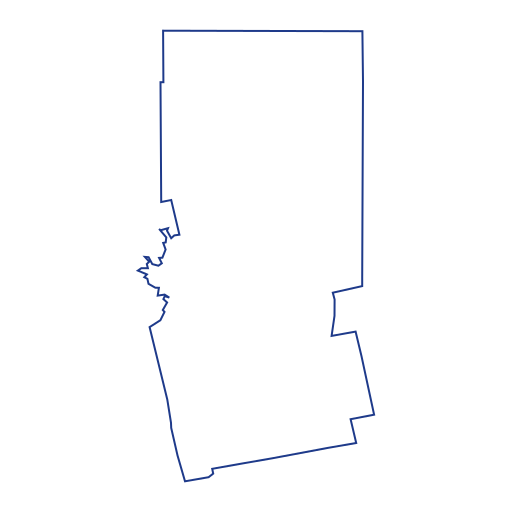 Piscataquis, Maine, United States of America (Equal Earth projection)
{"feature_id": "52423323B69646199912282", "entity_name": "Piscataquis", "entity_type": "district", "adm_level": 2, "iso_a3": "USA", "parent_name": "United States of America", "parent_adm1": "Maine", "projection": "equal_earth", "projection_center": [-69.536, 45.793], "detail": "fine", "context": "isolated", "style": "outline", "palette": "blue", "viewbox_px": 512, "rotation_deg": 0, "n_neighbors": 0, "source": "geoboundaries", "source_scale": "gbopen_adm2", "svg_char_len": 949}
<svg xmlns="http://www.w3.org/2000/svg" viewBox="0 0 512 512"><path d="M163.1,30.7L163.4,82.2L160.5,82.2L161.2,202.0L171.2,200.0L179.4,234.7L174.3,235.4L171.2,238.2L167.0,230.7L168.0,228.2L160.4,230.3L159.1,228.9L166.3,237.4L165.7,242.4L163.2,242.9L165.6,249.5L162.4,257.7L159.1,257.9L161.8,263.3L158.4,265.7L152.3,264.1L148.6,257.2L144.9,256.9L149.2,261.7L146.8,264.0L147.9,268.2L141.3,268.2L137.9,270.6L146.9,274.4L144.3,277.2L147.4,278.8L148.5,283.8L155.3,287.7L158.9,287.8L157.7,295.6L164.6,294.6L169.3,297.6L164.8,296.1L163.4,299.1L167.1,302.5L162.8,310.0L164.5,311.9L160.4,320.2L149.6,327.1L167.3,399.6L171.0,422.8L171.2,427.9L177.5,455.4L185.0,481.3L208.6,477.2L213.2,473.6L212.2,468.8L244.5,463.1L272.2,458.3L327.8,447.9L356.2,443.0L350.6,419.2L374.1,414.7L361.5,356.2L355.6,331.6L331.6,335.9L334.5,315.9L334.6,299.5L332.8,292.7L362.2,286.1L362.2,277.1L363.0,81.7L362.4,31.2L163.1,30.7Z" fill="none" stroke="#1e3a8a" stroke-width="2"/></svg>